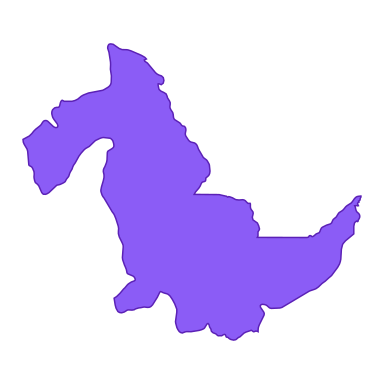 the border of Ucayali
{"feature_id": "PER-583", "entity_name": "Ucayali", "entity_type": "Department", "adm_level": 1, "iso_a3": "PER", "parent_name": "Peru", "parent_adm1": "", "projection": "natural_earth1", "projection_center": [-73.422, -9.375], "detail": "fine", "context": "isolated", "style": "filled", "palette": "violet", "viewbox_px": 384, "rotation_deg": 0, "n_neighbors": 0, "source": "natural_earth", "source_scale": "10m", "svg_char_len": 5972}
<svg xmlns="http://www.w3.org/2000/svg" viewBox="0 0 384 384"><path d="M146.4,59.0L144.3,60.0L144.8,61.3L147.4,63.0L155.5,72.7L157.2,74.1L159.1,75.1L161.5,75.9L163.3,77.6L163.9,80.5L163.2,83.2L161.2,84.7L159.1,83.8L158.2,83.8L158.1,85.1L158.8,88.6L159.2,89.6L161.1,91.2L163.7,92.4L166.1,93.9L167.1,96.2L167.5,97.8L169.5,101.0L170.2,102.7L170.2,104.1L169.9,106.8L170.1,108.1L170.9,109.8L172.7,112.5L173.2,114.4L173.5,117.4L174.0,118.8L174.8,119.7L179.8,122.9L180.4,123.5L181.4,125.0L182.1,125.7L182.7,126.0L184.0,126.2L184.5,126.4L185.4,127.5L185.8,128.8L185.9,130.2L185.3,133.5L185.4,134.8L185.8,136.0L188.4,140.0L189.5,141.2L190.8,142.0L194.4,142.9L195.6,143.6L196.7,144.8L197.4,146.2L198.5,149.2L203.2,157.3L204.2,158.2L206.5,159.9L207.3,160.9L209.0,163.9L209.4,165.1L210.0,171.1L209.7,173.3L209.2,174.6L208.6,175.6L205.8,178.1L205.7,180.1L205.4,181.0L204.5,181.5L202.6,182.0L201.9,182.5L201.2,183.7L200.2,186.0L198.8,188.2L195.5,192.0L194.2,194.4L219.1,194.6L226.6,196.3L227.4,197.0L227.8,197.1L228.8,196.6L230.0,196.9L232.5,197.8L235.1,199.3L236.3,199.7L239.0,200.0L242.8,199.7L244.1,200.0L245.3,200.7L247.0,202.5L248.1,203.4L250.1,203.3L250.4,203.9L250.4,206.8L250.6,208.3L251.2,209.5L252.9,211.8L253.2,213.1L253.0,214.4L252.3,217.2L253.0,219.9L257.4,223.0L258.7,225.9L259.3,228.2L259.5,228.9L259.3,229.8L258.4,231.2L258.0,231.9L258.0,235.9L257.3,237.4L307.1,237.5L308.2,237.2L308.8,236.6L309.4,235.7L310.3,235.6L311.0,235.8L311.9,236.6L312.8,236.6L314.0,235.8L316.2,233.9L319.2,232.7L320.0,231.3L320.6,229.6L321.4,228.1L322.4,227.2L326.6,225.1L330.4,223.9L331.6,222.9L332.0,222.0L332.8,220.2L333.3,219.4L336.3,216.9L338.1,213.9L339.1,212.6L342.3,210.6L343.5,209.5L345.8,206.7L347.1,205.6L351.2,203.0L352.4,201.6L354.5,198.6L355.8,197.3L357.0,196.6L358.3,196.3L360.9,196.0L361.0,196.9L360.2,198.4L360.1,199.6L359.7,200.5L358.6,201.1L359.0,202.1L358.2,202.4L357.7,203.1L357.6,204.0L358.4,205.7L357.8,205.9L356.7,205.6L354.7,205.7L355.3,207.0L355.8,209.4L356.2,210.7L356.8,211.8L358.7,213.5L359.4,214.5L359.8,216.0L359.7,217.3L359.2,218.6L358.2,220.2L358.1,221.1L357.8,221.5L357.4,221.6L356.8,221.1L356.5,221.1L355.2,222.1L354.7,222.7L354.4,223.4L353.8,226.3L353.8,233.9L345.5,240.8L343.6,243.0L342.6,244.4L341.4,249.2L340.8,259.2L340.3,261.6L339.5,264.0L337.6,267.4L331.6,275.5L330.1,276.8L329.1,277.6L325.2,281.2L322.0,283.5L318.5,286.9L316.1,288.6L314.8,289.2L309.5,291.0L282.0,307.4L279.9,308.0L271.3,308.4L269.8,308.0L269.3,307.7L266.7,305.4L265.7,304.9L264.3,304.5L262.1,304.3L261.0,304.8L260.3,305.6L260.4,307.1L263.7,312.0L264.2,313.2L264.2,314.1L264.0,315.2L259.4,324.6L258.7,326.4L258.3,327.9L258.1,330.0L258.1,331.7L257.1,331.2L255.7,331.1L254.1,331.7L253.4,331.7L251.6,330.4L251.0,330.3L250.5,330.6L246.2,332.0L244.0,333.1L240.0,336.8L238.4,337.5L236.3,339.3L235.7,339.7L233.6,340.1L230.9,339.5L230.1,339.1L229.5,338.8L228.0,337.5L227.4,337.2L226.7,337.2L226.2,336.9L225.4,334.8L224.8,334.4L223.6,334.6L221.8,335.7L221.1,335.8L220.4,335.7L218.4,335.8L217.6,335.5L216.1,334.1L215.5,333.7L213.1,332.8L211.5,331.4L211.2,330.7L211.0,329.3L209.6,327.0L209.0,324.7L208.6,324.1L208.0,323.5L207.3,323.8L206.8,324.3L204.6,327.9L204.1,328.4L203.6,328.8L201.6,329.7L199.2,330.4L191.1,331.7L186.7,331.6L185.1,331.9L182.3,333.0L180.5,332.5L179.2,331.5L177.9,329.6L176.9,327.6L175.7,323.2L175.5,321.6L176.8,312.1L176.8,309.5L176.7,309.0L174.7,303.8L172.4,299.5L170.1,296.1L169.2,295.2L167.6,294.0L164.1,293.0L162.7,292.5L161.4,291.8L160.4,291.6L159.7,292.4L157.3,297.3L152.6,304.8L150.9,306.5L150.0,307.0L149.1,307.3L147.3,307.4L144.4,307.0L143.5,307.1L140.7,307.7L138.8,307.9L135.5,308.9L134.3,309.7L133.3,309.9L132.0,310.1L128.4,309.9L127.3,310.1L124.3,312.0L121.7,312.8L119.9,312.6L118.8,312.1L117.9,311.5L116.2,308.5L115.9,307.6L115.2,305.0L114.1,298.2L116.7,296.5L120.0,293.3L123.5,289.1L124.9,287.8L127.5,284.7L128.5,283.8L131.3,282.0L134.0,281.0L134.8,280.5L135.2,279.8L135.2,278.9L134.3,277.2L133.6,276.5L132.7,275.9L128.2,274.0L127.5,273.6L127.0,272.8L126.3,269.4L125.1,266.4L124.6,265.4L122.7,259.8L122.4,257.6L123.2,247.0L123.1,245.2L122.3,243.1L119.3,237.0L118.4,233.7L118.4,231.2L118.6,228.4L118.2,226.0L115.8,218.5L114.4,215.1L113.7,213.8L112.2,211.8L104.0,198.0L102.9,196.6L102.0,194.9L101.1,192.1L100.9,191.2L100.9,189.9L101.5,186.8L103.3,180.7L104.0,177.4L104.0,174.8L103.3,171.6L103.4,169.9L103.9,168.4L104.9,166.6L106.5,162.5L107.0,160.1L107.3,153.0L107.4,152.2L107.7,151.5L108.1,151.0L112.2,148.5L113.3,147.5L113.7,146.8L113.9,146.0L113.8,144.5L113.5,143.0L112.8,140.8L112.4,140.2L111.5,139.2L110.5,138.4L109.8,138.2L103.4,137.5L102.0,137.7L100.1,138.3L95.7,140.4L94.8,141.1L89.3,146.4L85.6,148.5L84.1,149.8L81.0,153.3L78.9,156.2L75.2,162.9L73.7,165.0L72.8,166.8L72.1,169.0L70.3,172.0L69.7,173.3L68.8,176.1L68.4,176.8L66.5,179.1L65.2,181.6L64.3,182.3L63.0,183.1L60.2,184.4L58.8,184.8L57.1,185.1L56.5,185.5L49.0,192.6L46.8,193.9L45.4,194.3L43.3,194.2L42.5,193.5L41.7,192.5L38.8,185.9L37.5,184.3L35.4,182.6L35.0,181.7L34.6,180.5L34.1,178.1L34.0,176.8L34.2,174.0L34.0,171.6L32.5,168.1L31.9,167.2L31.2,166.6L29.2,165.5L28.8,164.8L27.7,151.5L27.4,150.3L27.0,149.0L24.2,144.3L23.3,142.2L23.0,139.4L29.3,136.0L31.8,133.6L33.7,131.2L35.7,129.2L39.9,125.9L41.1,124.7L42.6,122.3L43.6,121.1L44.7,120.6L46.0,120.5L47.0,120.8L47.8,121.3L53.2,126.4L54.1,127.0L55.4,127.6L56.8,127.5L57.6,126.9L57.9,125.9L57.6,124.8L57.2,123.8L54.0,119.5L52.9,117.7L52.5,116.7L51.8,113.9L51.8,112.4L52.0,111.2L52.6,109.8L53.5,108.9L54.6,107.9L56.3,107.4L58.5,107.3L59.1,106.8L59.6,105.9L60.4,102.7L61.0,101.3L61.8,100.4L62.4,100.3L64.2,101.3L72.0,101.3L75.0,100.5L77.8,99.1L81.3,96.2L83.4,95.0L88.5,93.0L102.6,90.3L104.1,89.6L108.1,87.2L109.2,86.3L110.0,85.4L110.6,84.4L111.0,83.3L111.2,82.2L111.4,75.8L110.4,69.2L110.6,64.7L110.5,62.1L109.0,52.4L107.7,48.3L107.7,47.0L108.2,45.4L108.9,44.4L109.8,44.0L110.8,43.9L113.2,44.3L119.2,48.5L122.1,49.6L126.4,49.7L128.0,49.9L131.1,50.9L141.3,55.3L144.1,56.9L144.9,57.4L146.4,59.0Z" fill="#8b5cf6" stroke="#5b21b6" stroke-width="1.5"/></svg>